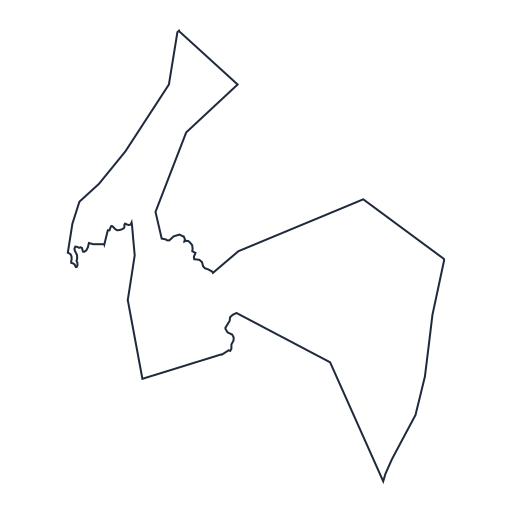 outline of Marc, Castries, Saint Lucia
{"feature_id": "8701671B40300568900689", "entity_name": "Marc", "entity_type": "district", "adm_level": 2, "iso_a3": "LCA", "parent_name": "Saint Lucia", "parent_adm1": "Castries", "projection": "equal_earth", "projection_center": [-60.964, 13.958], "detail": "fine", "context": "isolated", "style": "outline", "palette": "slate", "viewbox_px": 512, "rotation_deg": 0, "n_neighbors": 0, "source": "geoboundaries", "source_scale": "gbopen_adm2", "svg_char_len": 1766}
<svg xmlns="http://www.w3.org/2000/svg" viewBox="0 0 512 512"><path d="M399.8,444.4L414.9,416.1L415.5,415.0L416.6,410.4L418.3,403.6L419.9,397.1L422.8,385.1L423.8,381.1L424.9,376.6L428.9,344.2L432.5,314.4L433.0,312.3L433.4,310.4L444.2,259.9L443.8,258.8L443.5,258.6L363.2,199.3L362.8,199.5L238.4,251.2L212.9,272.9L212.1,271.5L207.8,269.2L205.0,268.3L203.1,266.3L202.0,262.1L199.3,259.8L194.2,259.2L193.9,256.7L195.5,253.0L192.3,251.2L192.6,248.7L192.2,245.2L189.8,242.3L188.2,241.0L186.1,240.8L184.4,241.5L184.9,239.1L183.6,236.3L182.9,236.3L179.6,234.6L175.1,235.9L173.6,236.4L170.9,238.9L169.3,240.4L166.9,240.3L165.8,239.4L163.4,238.9L161.7,238.6L155.5,211.9L186.2,132.4L237.6,84.5L179.2,31.3L179.0,30.7L177.4,32.2L168.9,84.5L125.3,151.5L98.9,183.9L79.4,201.7L72.4,223.7L67.8,252.7L68.3,252.9L68.5,253.0L70.4,254.1L71.5,256.3L71.6,259.8L71.2,261.2L71.2,262.8L73.5,263.6L74.6,264.5L75.3,266.1L76.0,267.1L76.8,266.9L77.5,265.1L77.4,262.9L76.5,260.8L77.1,259.0L77.1,256.4L76.9,254.8L74.8,250.6L74.4,248.8L75.3,246.6L76.9,246.8L79.2,247.8L80.7,247.3L82.0,248.0L82.6,250.5L83.1,251.7L84.1,251.8L86.2,250.5L87.9,247.3L88.9,243.0L93.2,244.2L104.2,244.2L104.3,244.5L107.8,230.3L109.5,230.3L110.3,227.9L111.3,226.0L112.4,226.2L115.2,229.1L117.2,230.3L120.7,229.8L123.8,228.3L124.4,227.1L124.4,224.7L125.1,223.6L126.7,224.4L128.6,225.0L130.6,224.6L131.6,222.4L132.1,226.1L133.2,239.0L134.7,255.3L131.7,274.9L127.7,300.5L127.9,300.7L142.4,378.8L221.2,354.4L221.8,354.7L228.6,350.3L230.2,350.9L231.4,348.7L231.4,344.5L233.5,340.6L233.7,337.5L232.2,334.6L227.6,332.4L225.6,329.1L225.3,328.0L227.4,324.5L229.6,321.0L230.1,317.2L232.7,314.8L236.5,313.0L330.1,362.3L383.2,481.3L384.2,478.0L385.4,473.9L391.8,459.5L399.8,444.4Z" fill="none" stroke="#1e293b" stroke-width="2"/></svg>